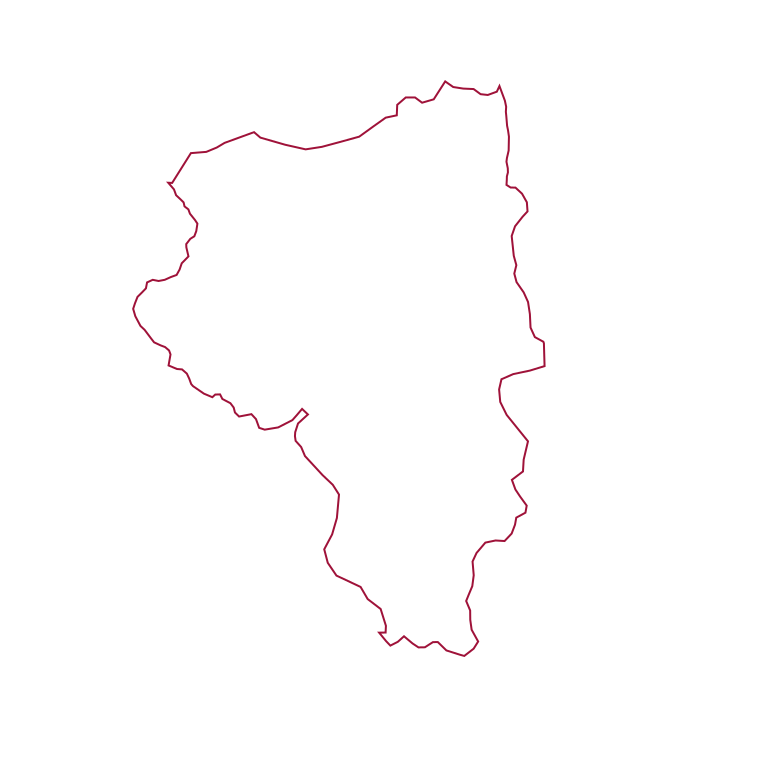 Tanah Merah, Kelantan, Malaysia (Mercator projection), rotated 340°
{"feature_id": "92858781B67391800412495", "entity_name": "Tanah Merah", "entity_type": "district", "adm_level": 2, "iso_a3": "MYS", "parent_name": "Malaysia", "parent_adm1": "Kelantan", "projection": "mercator", "projection_center": [102.021, 5.718], "detail": "fine", "context": "isolated", "style": "outline", "palette": "rose", "viewbox_px": 768, "rotation_deg": 340, "n_neighbors": 0, "source": "geoboundaries", "source_scale": "gbopen_adm2", "svg_char_len": 2494}
<svg xmlns="http://www.w3.org/2000/svg" viewBox="0 0 768 768"><g transform="rotate(340 384 384)"><path d="M250.1,121.1L253.2,129.3L253.2,135.5L255.8,140.6L257.8,144.8L257.3,148.9L259.9,153.0L259.9,157.6L262.5,165.3L263.5,169.5L259.9,176.1L256.3,180.3L251.7,181.3L246.0,184.9L245.0,188.0L243.9,197.2L235.2,201.4L231.1,206.5L226.4,210.6L220.3,210.6L213.6,211.1L207.4,210.1L202.3,207.0L196.1,207.5L193.0,212.7L187.9,215.2L182.2,217.8L177.6,223.0L174.0,227.6L173.5,235.3L175.0,246.1L177.6,251.3L178.6,254.6L180.7,261.5L182.2,266.2L187.3,271.3L190.9,274.4L193.5,279.0L193.5,283.2L187.9,292.9L194.6,299.1L199.2,301.2L202.3,306.8L202.8,312.5L202.8,318.1L203.8,320.7L211.5,331.5L218.2,337.7L221.8,336.2L226.4,337.7L227.0,342.8L233.1,349.5L234.7,354.7L234.2,359.8L236.7,365.0L249.1,367.0L251.7,373.2L251.7,378.3L251.7,382.5L256.3,386.1L269.7,388.6L285.6,386.6L291.3,383.5L298.5,379.4L302.1,386.6L289.7,391.7L284.1,398.9L282.5,402.5L281.5,407.2L284.6,414.9L285.1,424.7L295.1,448.6L301.4,461.2L303.9,472.5L293.9,493.8L283.8,507.6L271.3,518.9L270.0,532.8L273.8,547.8L292.6,566.7L295.1,580.5L303.9,594.3L303.1,611.9L300.5,618.1L294.4,616.0L298.0,626.3L300.5,632.0L308.8,631.0L316.5,627.9L322.1,637.6L326.3,643.3L332.4,645.4L336.3,644.5L341.7,643.3L346.3,644.9L351.5,655.7L362.8,664.4L366.4,667.0L377.7,663.4L384.4,658.2L382.3,644.9L384.4,635.1L387.5,626.3L387.0,616.0L391.6,610.9L397.8,604.2L402.9,594.4L406.5,581.1L413.2,574.4L425.0,567.7L435.3,569.2L443.6,572.8L452.8,568.2L459.0,561.0L462.6,554.8L472.9,553.3L476.5,547.1L473.4,536.3L471.4,528.1L471.4,517.8L484.7,513.7L489.4,502.8L499.7,487.1L488.7,455.0L487.1,440.6L490.3,428.5L496.0,419.7L508.8,418.9L525.7,421.3L541.0,422.1L548.2,400.4L548.2,398.8L541.8,391.5L541.0,381.1L545.0,368.2L547.4,356.2L546.6,345.7L543.4,333.6L544.2,324.8L549.0,317.6L549.8,307.9L554.6,288.6L561.1,280.6L571.5,274.2L577.9,270.9L580.4,262.1L578.8,252.4L574.7,244.4L570.2,242.7L567.2,238.8L569.2,234.2L570.5,230.9L572.8,227.6L574.1,223.6L575.1,217.0L576.8,213.7L578.7,210.8L581.0,207.2L586.0,194.3L587.3,188.1L588.0,183.4L590.6,173.9L591.6,169.9L593.6,165.3L594.5,159.1L594.4,143.5L590.0,147.9L580.4,147.9L573.9,144.7L569.1,137.5L559.5,133.5L550.6,128.6L545.0,120.6L528.1,133.5L516.0,132.7L511.2,125.4L502.4,122.2L491.9,126.2L487.9,135.9L476.7,134.3L462.2,138.3L445.3,143.1L425.2,141.5L406.7,139.9L390.6,136.7L373.0,125.4L352.1,110.2L348.0,102.9L316.7,102.9L307.7,104.6L296.4,105.1L281.5,101.0L253.7,122.6L250.1,121.1Z" fill="none" stroke="#9f1239" stroke-width="2"/></g></svg>